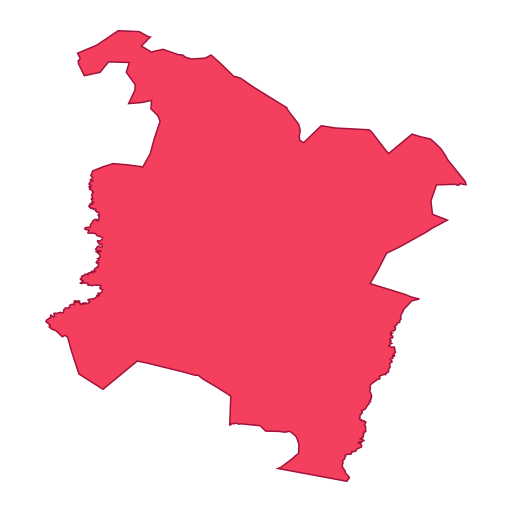 the district of Mežvidu pag., Karsavas, Latvia
{"feature_id": "27541924B97990803808017", "entity_name": "Mežvidu pag.", "entity_type": "district", "adm_level": 2, "iso_a3": "LVA", "parent_name": "Latvia", "parent_adm1": "Karsavas", "projection": "natural_earth1", "projection_center": [27.562, 56.699], "detail": "fine", "context": "isolated", "style": "filled", "palette": "rose", "viewbox_px": 512, "rotation_deg": 0, "n_neighbors": 0, "source": "geoboundaries", "source_scale": "gbopen_adm2", "svg_char_len": 5876}
<svg xmlns="http://www.w3.org/2000/svg" viewBox="0 0 512 512"><path d="M278.0,468.5L346.8,481.3L349.2,478.1L349.4,477.6L349.2,477.1L345.9,473.4L345.3,472.6L345.2,470.8L344.2,470.2L343.7,468.7L342.5,467.2L342.3,464.5L343.1,462.9L342.4,461.1L344.8,458.6L345.0,457.0L345.6,456.2L345.2,455.5L346.2,454.5L351.1,454.1L351.9,452.7L351.6,451.8L355.5,451.3L357.2,448.8L361.3,447.1L361.7,445.8L360.6,443.0L359.7,442.8L358.7,443.5L358.3,443.0L358.4,442.3L359.5,441.8L361.6,442.2L362.6,440.9L363.9,440.7L363.4,440.0L360.3,438.8L362.1,438.1L362.1,437.6L362.8,437.6L363.6,435.2L363.5,433.7L364.1,432.9L364.0,432.0L365.4,431.8L366.0,431.1L365.6,430.1L365.6,426.2L364.4,425.1L365.6,423.1L365.8,421.8L364.5,421.4L363.9,420.6L361.9,421.2L361.2,420.6L361.5,419.8L360.3,419.5L359.3,418.2L360.1,417.2L359.7,416.6L360.0,415.5L362.3,412.7L362.2,411.4L361.6,410.8L362.2,410.2L363.0,410.3L365.1,409.0L366.4,407.5L367.2,405.6L368.9,404.1L369.2,402.6L370.5,401.7L370.4,400.7L369.9,400.3L370.5,400.1L371.0,399.1L371.0,398.1L371.6,397.4L370.9,396.4L371.7,395.6L369.9,391.3L370.4,387.3L370.0,385.9L370.3,384.9L374.2,381.7L376.0,380.8L376.9,379.6L379.6,378.9L380.0,377.9L379.2,376.6L379.8,375.9L384.2,374.4L385.6,374.7L385.9,374.3L385.7,373.5L388.1,372.2L388.6,371.4L388.7,369.1L390.1,367.2L390.1,366.3L389.6,365.0L390.0,363.4L390.8,362.5L391.7,362.3L392.1,361.4L390.2,359.3L391.3,358.4L392.7,358.5L392.8,355.6L393.6,356.4L394.6,355.9L394.0,354.1L395.6,352.1L394.7,350.2L394.9,348.9L394.3,348.4L394.6,347.4L394.0,346.9L391.3,347.3L389.6,345.5L388.9,345.7L389.9,344.0L391.7,343.5L390.1,342.2L391.1,340.9L390.6,340.2L390.0,340.3L390.0,339.1L390.6,338.2L392.6,337.9L392.8,336.2L390.9,335.5L390.9,334.9L392.2,333.4L390.7,333.7L390.3,333.3L391.4,331.7L393.0,330.7L394.2,330.7L395.1,329.8L395.6,327.6L394.4,326.5L397.1,324.4L397.2,322.9L399.6,322.4L399.7,320.5L401.0,319.1L400.7,317.9L400.9,314.9L402.9,311.7L403.7,309.4L411.9,300.8L419.4,299.0L410.7,296.8L405.1,294.4L370.1,283.6L377.4,271.1L386.5,253.3L400.4,246.5L426.3,232.1L432.6,228.0L447.4,220.1L432.5,214.3L430.9,201.0L436.5,184.9L455.6,184.3L457.3,185.2L459.2,185.0L459.9,183.4L462.3,184.2L466.1,184.7L465.1,181.4L447.5,159.5L445.5,155.6L441.0,148.9L435.9,143.8L430.5,139.0L420.3,136.7L412.0,134.1L388.7,153.5L385.9,150.5L372.0,132.4L369.2,129.8L335.2,128.0L321.3,125.7L303.6,142.7L299.7,140.3L299.3,136.0L300.2,130.3L298.6,124.1L289.5,112.4L286.3,107.8L286.6,107.6L253.6,87.2L240.6,78.2L235.6,76.6L234.0,76.6L220.9,63.8L211.0,55.0L205.4,58.1L191.5,59.0L185.2,57.1L182.9,55.1L178.1,54.6L163.0,49.3L151.2,52.0L141.4,46.0L150.3,37.0L148.3,36.6L139.1,31.6L118.2,30.7L96.7,45.2L77.6,53.2L80.2,58.4L79.1,60.3L78.2,60.7L78.5,63.7L84.3,75.7L100.1,72.3L108.5,61.9L129.3,62.5L126.3,72.2L135.2,84.7L134.9,90.1L128.6,103.6L141.8,102.5L151.6,100.4L150.9,108.8L157.9,115.7L160.1,121.3L154.2,138.9L150.2,153.9L142.8,166.9L128.2,164.9L113.1,163.6L103.3,166.7L92.7,170.9L90.8,175.7L92.6,177.3L92.0,178.7L90.2,179.9L90.9,180.5L92.5,180.8L89.4,182.8L89.1,184.4L91.4,185.5L89.1,186.8L90.6,187.6L89.6,188.1L89.6,189.2L92.2,190.5L92.4,191.6L93.6,192.1L93.4,192.6L92.5,193.0L91.6,195.2L92.6,197.4L91.5,198.3L91.3,198.9L91.8,199.5L92.6,199.3L92.1,200.9L92.4,201.9L94.6,202.6L91.6,202.7L91.2,203.4L91.9,203.7L92.1,204.3L89.7,204.3L89.7,205.0L88.8,206.3L89.6,207.2L90.4,207.2L90.7,208.4L92.5,208.2L93.3,209.4L95.0,208.9L95.6,209.2L96.0,209.6L95.4,210.9L96.6,211.4L96.9,212.1L98.0,212.1L99.0,212.7L99.1,214.3L98.1,214.9L98.2,215.4L99.4,215.9L98.8,217.0L99.2,218.8L97.8,220.9L97.4,220.8L97.5,219.8L97.0,219.4L96.2,219.8L95.3,219.4L93.7,220.2L92.7,221.1L92.3,222.6L90.4,224.5L90.6,226.6L90.3,227.0L86.0,227.5L85.1,228.0L84.7,228.8L85.4,229.5L88.9,229.9L89.1,230.2L87.9,232.4L88.1,233.1L94.7,233.3L95.5,233.7L97.0,235.6L102.1,237.2L102.6,237.9L101.8,239.7L99.6,241.1L97.7,240.6L97.4,241.4L99.9,244.8L101.6,244.1L102.3,246.3L102.0,247.1L101.2,247.4L98.8,246.3L97.7,246.3L95.6,249.2L96.1,249.9L97.9,250.8L99.1,251.0L100.6,250.5L101.0,251.0L100.0,251.8L96.5,251.9L99.7,254.5L99.9,255.1L99.8,257.5L97.8,258.6L98.8,259.1L99.1,259.9L97.3,260.8L96.2,262.5L97.2,263.3L97.7,262.8L98.5,263.0L98.2,266.0L97.6,266.6L97.8,267.0L97.2,266.9L96.6,267.7L95.0,268.4L94.3,270.1L95.1,270.7L94.0,270.9L94.6,271.7L93.6,271.5L92.7,272.6L92.6,271.5L91.9,271.2L91.1,272.5L90.5,272.3L88.1,273.3L88.0,273.6L88.7,273.9L88.4,274.5L87.2,274.6L86.9,274.1L85.9,274.7L85.1,274.2L84.7,275.0L81.8,276.2L81.6,276.4L82.0,276.9L81.5,278.0L80.4,278.7L80.4,279.2L81.3,279.7L81.5,280.3L82.8,280.5L83.2,281.1L83.0,281.7L82.1,281.9L80.4,283.1L81.4,283.6L83.1,283.0L87.4,283.1L87.8,283.3L87.7,284.8L88.6,285.4L89.7,285.1L92.4,285.7L94.1,285.0L100.5,285.3L101.1,286.3L99.9,287.5L99.8,288.2L100.1,288.6L101.0,288.6L101.3,289.3L102.4,289.6L102.0,291.9L99.9,293.6L98.8,293.0L98.0,293.2L99.1,295.6L97.0,295.2L96.9,295.5L97.5,296.2L96.4,296.6L96.1,297.5L95.3,297.9L94.0,298.6L88.2,299.5L88.1,300.3L89.9,302.0L87.7,303.7L85.8,302.9L85.2,303.8L85.0,303.2L83.3,302.9L82.5,303.4L83.3,303.7L83.1,304.1L81.7,304.7L81.3,304.1L79.8,303.7L79.6,301.2L78.5,300.8L77.3,301.1L78.2,302.1L76.3,302.4L75.8,302.3L76.3,301.5L75.8,300.8L74.6,300.9L74.1,301.7L74.2,304.7L72.1,304.2L69.6,305.4L69.5,307.7L69.1,307.9L65.2,308.0L64.9,309.0L63.8,309.6L63.7,311.0L63.1,312.7L62.0,312.9L60.4,312.3L56.7,313.4L54.2,313.2L53.8,314.0L54.5,315.7L54.5,316.8L53.3,316.8L50.9,315.0L50.5,315.5L50.8,317.1L46.6,320.1L45.9,321.5L50.3,325.3L49.1,326.4L49.2,327.0L50.3,327.4L50.7,328.4L52.0,329.2L56.2,330.9L62.3,336.8L64.9,335.3L67.7,337.2L70.8,349.0L78.9,374.0L103.0,389.3L137.2,361.1L145.5,362.7L183.1,371.9L195.1,375.3L198.1,375.2L203.4,379.3L216.8,387.2L230.8,396.1L229.7,425.0L230.8,424.8L231.5,423.7L234.8,423.6L236.6,423.0L238.6,424.2L240.6,423.8L260.1,425.7L265.7,431.1L278.9,431.4L284.9,432.2L289.9,431.3L295.7,436.0L297.2,438.9L299.0,444.9L298.6,453.4L294.7,456.4L293.2,458.0L281.3,467.0L278.0,468.5Z" fill="#f43f5e" stroke="#9f1239" stroke-width="1.5"/></svg>